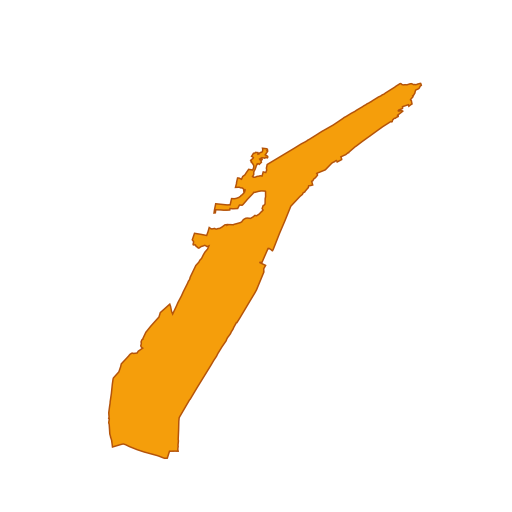 the district of Ceplenita, Iasi, Romania, rotated 131°
{"feature_id": "2599482B12453370715031", "entity_name": "Ceplenita", "entity_type": "district", "adm_level": 2, "iso_a3": "ROU", "parent_name": "Romania", "parent_adm1": "Iasi", "projection": "robinson", "projection_center": [26.945, 47.387], "detail": "fine", "context": "isolated", "style": "filled", "palette": "amber", "viewbox_px": 512, "rotation_deg": 131, "n_neighbors": 0, "source": "geoboundaries", "source_scale": "gbopen_adm2", "svg_char_len": 6016}
<svg xmlns="http://www.w3.org/2000/svg" viewBox="0 0 512 512"><g transform="rotate(131 256 256)"><path d="M442.7,283.1L446.9,280.4L454.7,274.9L461.6,270.5L462.9,269.5L465.3,268.0L470.9,264.3L474.2,261.0L475.1,260.8L475.3,260.5L475.1,260.0L475.2,259.8L478.3,257.9L478.8,257.3L479.5,256.2L486.2,249.6L487.8,247.2L488.0,247.1L489.1,245.2L489.8,244.1L491.8,241.8L494.3,239.0L486.9,234.3L485.2,233.1L484.8,232.6L484.0,230.8L482.9,226.6L480.2,218.8L477.2,211.6L471.5,199.8L470.9,198.4L469.0,193.1L468.5,192.1L466.8,190.3L460.1,193.2L456.3,189.0L454.4,186.7L453.1,188.3L450.7,189.9L449.9,190.8L446.9,192.9L445.9,193.8L445.6,194.3L438.3,200.1L431.4,205.8L428.6,207.8L427.6,208.1L408.0,211.8L407.3,211.7L394.0,214.1L367.8,218.4L362.6,219.4L357.7,220.0L354.7,220.8L346.9,222.1L339.6,222.9L337.8,223.6L336.4,223.9L331.4,224.3L329.4,224.9L326.1,225.4L324.7,225.9L319.1,227.1L318.8,226.7L313.6,227.5L293.6,231.1L284.4,232.7L281.2,233.4L262.8,239.6L262.7,240.0L261.8,240.6L260.6,241.8L256.8,242.6L258.6,249.3L256.9,247.3L242.6,251.8L242.5,251.5L242.2,251.6L241.9,251.1L241.7,251.1L241.3,248.5L241.4,247.5L241.2,247.0L239.5,247.4L223.5,253.1L210.4,257.3L195.6,262.4L182.1,261.9L179.1,261.4L178.9,261.4L178.0,261.8L177.6,261.8L176.6,261.6L175.8,261.2L174.5,261.4L171.8,261.4L171.0,261.5L170.3,261.3L169.9,261.4L169.4,261.8L168.5,262.3L167.0,261.0L165.2,259.8L164.8,260.4L163.1,263.0L162.0,262.5L160.2,262.9L159.7,262.9L158.0,262.5L154.7,262.6L154.1,263.3L153.9,264.0L153.9,264.3L153.6,264.3L145.5,260.2L136.2,259.7L134.5,259.2L133.2,258.5L132.5,258.5L131.9,258.3L131.3,258.1L131.4,257.1L131.8,256.4L127.0,254.6L126.3,255.4L125.5,257.0L121.4,255.2L120.8,254.8L117.7,254.3L117.3,253.8L116.6,254.0L108.2,252.8L107.4,252.5L100.1,251.0L75.3,245.2L66.2,242.5L65.7,241.5L65.2,241.4L63.9,242.1L63.3,242.2L63.0,242.0L62.0,242.1L61.2,241.8L60.8,241.3L59.7,241.1L59.0,240.7L57.9,240.7L57.7,240.3L57.2,240.3L57.0,240.5L57.3,241.1L56.9,241.5L50.4,240.2L50.3,240.4L51.1,242.0L52.3,242.9L53.0,243.2L53.1,243.9L52.9,244.0L52.4,244.1L51.5,243.7L48.8,242.3L48.3,242.3L47.2,243.4L41.9,240.3L42.7,238.9L40.5,238.5L38.9,238.0L36.8,240.7L36.9,241.6L36.8,241.9L36.6,242.0L32.8,242.0L32.5,242.3L32.3,242.8L31.7,242.5L28.8,243.0L27.2,243.9L26.0,244.3L25.1,244.0L24.1,243.4L22.7,243.0L21.9,243.0L20.6,243.4L19.9,243.5L18.8,243.2L18.7,243.2L17.7,244.9L17.9,245.3L18.2,245.5L18.8,245.8L20.3,246.9L20.8,247.0L21.8,247.8L22.2,248.2L22.4,248.7L23.3,249.5L23.8,251.4L24.0,251.8L25.0,252.7L27.8,254.4L29.0,256.0L30.1,256.9L30.9,258.4L30.8,259.4L30.9,259.9L31.5,260.4L36.1,261.8L37.7,262.1L41.3,263.2L47.9,265.2L50.2,265.7L51.4,266.4L53.5,266.9L55.6,267.9L63.1,270.2L63.8,270.2L64.1,270.5L67.0,271.4L68.1,272.0L70.0,272.4L71.3,273.0L73.6,273.6L80.1,275.8L81.9,276.2L85.7,277.7L92.1,279.7L93.4,280.3L95.0,280.6L101.1,282.2L106.6,283.7L118.7,288.0L133.0,292.3L134.7,293.0L136.1,293.2L136.7,293.5L137.2,293.6L141.7,295.4L149.2,297.7L179.6,307.6L182.9,305.8L184.1,304.3L186.6,303.4L187.8,305.7L191.7,303.9L192.4,305.1L192.9,305.6L193.9,306.2L195.3,307.5L197.1,308.3L198.2,309.5L198.3,309.8L198.0,310.1L198.2,310.8L196.1,311.1L193.9,312.9L191.1,313.6L188.7,314.5L188.0,314.9L185.8,315.5L185.8,315.1L184.9,315.0L184.7,314.7L184.7,313.7L181.7,313.4L180.9,314.8L179.2,314.6L178.6,315.6L180.7,316.2L180.5,316.9L177.9,316.1L176.9,314.5L176.4,313.5L175.4,313.6L174.5,311.8L173.8,311.9L173.3,312.3L173.1,312.8L173.6,315.4L169.6,315.9L169.1,316.0L169.3,316.9L168.8,316.9L168.1,317.2L167.9,317.5L168.1,318.4L170.4,321.8L171.6,320.4L173.1,319.7L174.2,319.9L174.8,320.5L175.0,320.5L176.0,320.9L176.6,320.9L177.0,320.7L177.9,321.3L176.7,322.4L178.1,324.3L178.3,324.2L179.6,324.7L179.8,324.8L180.1,325.3L183.7,324.7L183.4,323.5L183.5,322.5L184.6,322.3L185.3,322.5L187.3,322.8L187.5,321.5L188.2,321.5L188.4,319.5L189.1,317.3L190.2,316.1L192.3,315.2L193.4,315.1L195.4,318.4L199.4,318.0L202.1,317.6L204.7,318.2L207.6,317.3L208.2,319.6L208.5,320.2L209.2,321.1L213.3,318.9L214.0,318.3L217.7,316.5L215.1,313.8L214.7,312.5L213.7,311.0L213.6,310.3L213.7,309.2L215.0,307.8L213.5,307.9L213.2,307.8L213.2,307.6L214.4,307.0L215.3,306.6L216.0,306.5L218.9,306.6L220.3,307.0L221.1,306.8L221.9,307.1L222.9,307.3L225.3,308.6L226.6,309.6L227.2,310.2L228.7,312.1L234.3,309.1L236.4,311.3L243.0,320.7L248.3,317.7L251.1,315.9L250.1,315.0L247.5,316.7L244.4,312.9L242.6,310.4L240.1,307.6L238.5,306.0L237.2,306.8L235.7,304.6L232.2,301.0L228.4,301.9L226.8,299.8L226.4,299.8L225.9,299.6L219.9,299.6L219.5,299.7L211.1,299.3L209.3,299.4L209.0,298.8L205.4,296.4L203.5,294.8L202.8,294.0L201.0,291.6L201.0,291.2L201.3,290.9L204.9,287.7L206.7,286.7L210.5,283.5L211.4,283.2L212.7,283.3L213.2,283.7L216.2,282.5L216.7,280.8L218.7,280.8L218.8,281.0L222.2,281.1L225.3,282.0L226.1,283.5L228.2,283.8L231.2,284.8L233.1,287.5L234.4,288.6L236.8,289.4L239.7,289.2L241.2,289.8L244.7,292.1L246.6,293.4L247.3,293.6L249.6,296.5L251.1,297.9L251.4,298.0L251.0,298.2L252.9,299.9L256.6,300.7L257.2,301.0L257.9,301.1L259.2,301.7L260.2,302.7L261.7,303.5L261.9,303.8L262.3,304.7L262.3,305.3L264.0,306.6L264.7,307.3L265.0,308.0L265.2,310.0L269.0,308.2L272.9,306.7L275.5,311.3L279.2,317.3L285.6,314.7L286.0,312.7L287.5,311.5L288.2,311.4L288.7,310.8L288.5,310.2L287.6,309.4L287.4,308.9L287.8,308.2L288.0,307.2L287.8,307.0L287.8,306.0L287.9,305.2L287.7,304.5L287.3,304.2L284.8,303.6L283.3,302.6L281.6,301.7L281.2,300.6L281.2,299.6L281.1,299.3L280.3,298.6L279.4,298.2L282.5,297.1L286.6,297.1L289.7,296.5L293.5,295.5L295.9,295.6L298.2,295.1L302.6,295.2L314.3,292.0L315.5,291.6L316.6,291.0L318.2,290.5L319.3,290.5L321.3,289.8L330.7,287.4L334.9,286.1L342.3,284.4L345.4,283.4L354.5,280.8L353.2,283.4L350.1,287.4L348.9,289.5L361.5,291.1L365.7,289.2L377.6,289.4L385.8,289.1L392.5,287.2L392.9,286.8L393.5,287.1L394.1,287.1L396.0,286.5L396.6,286.0L396.8,285.5L398.2,284.6L399.2,284.2L399.5,283.8L399.9,283.1L400.0,281.7L399.9,281.1L405.0,282.4L407.3,282.1L409.9,284.5L410.4,285.6L410.9,286.0L412.5,286.5L413.9,286.6L414.9,286.5L425.8,286.9L428.4,285.5L433.4,283.5L441.6,283.6L442.7,283.1Z" fill="#f59e0b" stroke="#b45309" stroke-width="1.5"/></g></svg>